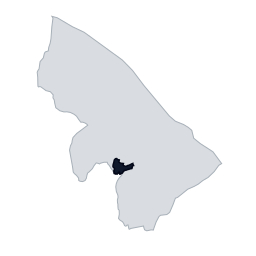 location of Zota, Bong, Liberia, rotated 188°
{"feature_id": "62588387B17056544161092", "entity_name": "Zota", "entity_type": "district", "adm_level": 2, "iso_a3": "LBR", "parent_name": "Liberia", "parent_adm1": "Bong", "projection": "orthographic", "projection_center": [-9.445, 7.274], "detail": "fine", "context": "in_parent", "style": "filled", "palette": "ink", "viewbox_px": 256, "rotation_deg": 188, "n_neighbors": 0, "source": "geoboundaries", "source_scale": "gbopen_adm2", "svg_char_len": 4012}
<svg xmlns="http://www.w3.org/2000/svg" viewBox="0 0 256 256"><g transform="rotate(188 128 128)"><path d="M30.3,105.8L32.9,103.7L36.6,96.8L41.8,90.2L46.6,86.4L50.5,82.3L54.5,79.3L60.3,75.7L69.2,66.2L71.3,65.1L72.7,58.6L75.0,50.2L77.5,47.7L83.6,46.1L85.0,44.7L87.1,38.8L88.5,31.9L88.6,30.5L91.0,30.3L95.1,28.8L97.4,29.5L98.4,31.5L99.0,33.1L111.3,28.9L112.3,28.0L113.0,28.1L114.5,32.0L115.4,31.7L116.2,30.6L117.0,30.5L117.9,31.0L118.9,32.8L120.5,34.5L123.1,35.6L124.8,37.1L124.6,41.3L125.3,45.3L126.4,46.2L127.0,48.6L127.4,51.2L128.0,52.6L128.5,55.2L128.2,58.1L128.7,60.1L130.7,63.5L131.9,67.9L131.9,70.9L131.2,74.2L129.9,77.1L127.6,80.4L127.4,81.7L128.8,82.5L130.8,82.7L132.5,82.0L136.9,83.5L139.2,85.6L141.2,88.2L143.0,89.6L143.8,91.2L146.9,90.8L150.5,89.2L151.3,88.4L152.3,88.8L154.6,89.0L156.3,86.1L157.6,82.8L160.3,79.2L161.7,77.8L162.1,75.5L162.2,72.6L163.2,70.0L165.5,68.6L168.0,68.6L169.4,69.1L170.0,71.6L172.0,73.5L173.7,74.8L174.7,75.3L176.1,76.8L177.5,81.8L182.8,97.9L182.5,102.4L181.5,105.3L181.5,108.2L181.1,111.0L177.9,115.6L168.3,125.1L169.0,125.9L171.3,127.0L173.7,127.5L175.6,127.2L178.0,129.6L180.6,132.5L183.3,134.1L187.3,135.4L190.8,135.5L193.7,135.0L197.9,135.6L202.3,138.0L203.9,142.1L205.0,145.6L206.5,147.4L206.7,150.4L209.9,153.1L214.4,153.6L220.2,156.7L221.7,156.6L222.3,156.2L223.0,156.8L224.5,165.9L225.7,170.7L225.1,172.6L224.3,174.1L224.3,181.5L221.6,185.7L221.2,190.3L220.5,191.8L217.7,193.2L217.7,196.7L216.9,201.0L216.7,205.6L217.5,217.5L217.6,226.4L218.9,228.0L213.4,227.3L197.3,220.6L184.8,216.7L143.2,194.6L131.6,185.7L118.3,172.4L88.7,145.6L82.0,141.3L73.5,139.2L68.2,136.9L64.5,134.5L61.5,127.0L54.2,122.6L40.6,116.3L30.3,105.8Z" fill="#d9dde1" stroke="#a8b0b8" stroke-width="1"/><path d="M135.8,96.0L136.1,95.8L136.5,95.4L136.7,94.9L136.9,94.6L137.0,94.6L137.1,94.3L137.2,92.9L137.3,91.8L137.4,91.0L137.6,90.1L137.6,89.5L137.6,89.4L137.6,89.1L137.6,88.3L137.5,87.8L137.5,87.7L137.2,87.2L136.7,86.8L136.3,86.7L136.0,86.3L135.7,85.9L135.8,85.1L135.8,84.9L135.8,84.5L135.8,84.4L135.9,84.1L136.1,83.6L135.9,83.6L135.8,83.4L135.6,82.9L135.8,82.6L135.8,82.3L135.8,82.1L135.7,82.0L135.6,81.9L135.6,81.6L135.6,81.4L135.4,81.1L135.2,81.2L135.0,81.3L134.9,81.3L134.8,81.2L134.7,80.9L134.4,80.8L134.2,80.7L134.1,80.8L133.9,80.9L133.8,81.0L133.7,81.1L133.4,81.0L133.2,81.1L132.9,81.0L132.9,80.9L132.6,81.0L132.4,80.9L132.2,80.9L132.1,81.0L132.0,81.3L132.0,81.5L132.1,81.8L132.0,81.7L131.9,81.8L131.7,81.7L131.5,82.0L131.4,82.0L131.2,82.6L130.9,82.6L130.6,82.6L130.4,82.8L130.4,83.0L130.2,82.9L130.4,82.3L130.2,82.2L130.3,81.9L130.2,81.8L130.0,81.6L129.9,81.5L129.8,81.3L129.8,81.2L129.7,81.1L129.4,81.1L129.3,81.4L129.3,81.5L129.2,81.6L128.9,81.6L128.7,81.6L128.7,81.8L128.5,82.0L128.2,82.1L127.9,82.3L127.7,82.3L127.3,82.6L127.2,82.7L127.2,83.0L127.0,83.5L126.9,83.6L126.8,83.9L126.6,83.9L126.5,84.0L126.1,84.7L125.9,85.1L125.9,85.3L125.7,85.3L125.6,85.5L125.3,85.6L125.0,85.7L124.8,85.7L124.7,85.7L124.5,85.8L124.2,86.0L123.9,86.0L123.6,86.2L123.5,86.3L123.3,86.4L123.0,86.5L122.8,86.7L122.7,86.9L122.4,86.9L122.2,86.9L121.8,87.2L121.6,87.3L121.3,87.2L120.5,87.8L120.4,87.9L119.9,87.9L119.8,88.0L119.5,88.1L119.4,88.1L119.2,88.2L119.1,88.3L118.8,88.3L118.6,88.3L118.4,88.7L118.4,88.8L118.7,89.0L118.4,89.3L118.3,89.6L118.3,89.8L118.6,89.8L118.5,90.0L118.4,90.4L118.3,90.5L118.2,90.7L118.0,90.9L118.0,91.0L118.2,91.3L118.0,91.6L117.9,91.6L117.6,91.7L117.6,91.8L117.3,91.8L117.4,92.0L117.8,92.4L118.2,93.0L118.3,93.6L119.4,93.0L120.3,92.3L121.2,91.7L121.4,91.5L122.0,91.2L122.5,91.0L123.1,90.8L123.6,90.6L123.8,90.3L123.9,90.0L124.1,89.9L124.3,89.8L124.9,89.7L125.6,89.8L125.9,89.8L126.3,90.0L126.6,90.0L127.1,90.0L127.4,90.4L127.5,90.4L127.7,90.9L127.7,91.3L127.7,91.8L127.6,92.2L127.8,92.2L128.3,92.1L128.8,92.2L129.2,92.1L129.6,92.1L129.8,92.1L130.5,92.2L131.1,92.4L131.3,92.4L132.2,93.0L132.2,93.3L132.3,93.7L132.2,94.9L132.2,95.2L132.3,95.2L133.3,95.2L133.5,95.3L134.1,95.5L134.5,95.8L134.9,96.2L135.7,96.0L135.8,96.0Z" fill="#0f172a" stroke="#020617" stroke-width="1.5"/></g></svg>